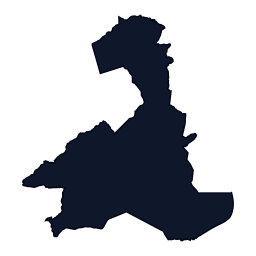 the district of Campos dos Goytacazes, Rio de Janeiro, Brazil
{"feature_id": "56859067B60094869559432", "entity_name": "Campos dos Goytacazes", "entity_type": "district", "adm_level": 2, "iso_a3": "BRA", "parent_name": "Brazil", "parent_adm1": "Rio de Janeiro", "projection": "orthographic", "projection_center": [-41.44, -21.65], "detail": "fine", "context": "isolated", "style": "filled", "palette": "ink", "viewbox_px": 256, "rotation_deg": 0, "n_neighbors": 0, "source": "geoboundaries", "source_scale": "gbopen_adm2", "svg_char_len": 5776}
<svg xmlns="http://www.w3.org/2000/svg" viewBox="0 0 256 256"><path d="M118.9,16.9L119.1,23.4L118.7,24.4L116.2,25.3L114.8,26.6L113.2,27.6L112.8,28.4L112.3,30.2L111.6,31.7L110.2,32.5L108.7,31.9L107.8,32.4L106.5,33.4L106.5,34.5L105.5,35.5L103.7,36.4L102.7,37.1L100.0,40.0L97.4,41.3L96.9,41.8L95.5,42.3L92.8,43.6L92.3,44.1L92.5,45.9L95.4,55.7L100.4,73.4L124.0,65.9L124.1,67.1L125.2,68.5L127.5,69.0L128.0,69.5L128.3,70.4L129.4,71.9L130.1,73.4L130.8,74.1L131.4,74.6L132.4,76.1L132.3,77.2L132.5,78.5L132.5,80.7L132.4,81.8L132.8,82.5L134.8,83.3L135.6,84.0L136.6,85.5L137.5,85.7L137.6,86.5L139.9,89.6L140.7,90.5L141.3,91.6L141.5,92.9L141.4,94.9L141.8,95.9L143.5,98.8L143.7,99.8L144.4,101.5L144.3,102.6L143.4,104.8L140.1,105.9L139.8,106.5L138.8,107.2L137.3,109.3L136.0,110.9L135.1,111.4L135.2,113.1L134.8,115.8L134.3,116.7L133.7,117.3L132.8,117.9L129.4,118.6L128.9,119.4L114.3,134.0L113.8,133.1L113.6,131.8L111.0,129.4L110.3,128.4L110.0,127.1L109.0,126.1L108.5,125.1L107.7,124.4L107.0,124.1L105.2,121.9L103.3,121.1L102.8,122.2L101.7,122.7L100.7,122.8L100.0,123.1L99.9,123.9L99.5,124.7L99.3,125.6L98.7,125.4L97.4,126.2L96.3,125.8L94.9,127.1L94.7,128.0L93.9,128.8L93.0,129.2L92.7,129.8L91.7,130.2L91.2,131.2L87.9,131.8L86.7,131.8L85.7,132.5L85.1,133.2L81.6,133.2L80.5,133.1L79.4,133.9L78.4,135.5L77.6,137.5L76.9,138.1L76.3,138.9L74.7,139.2L74.1,139.9L73.0,140.3L71.2,141.3L70.3,141.4L69.8,142.6L69.0,143.2L68.1,143.3L67.2,144.1L67.1,145.2L66.1,146.8L66.4,148.8L66.4,150.0L65.4,151.5L65.3,152.2L64.8,152.7L62.8,154.0L61.9,154.1L61.0,154.5L60.5,155.0L59.9,155.3L59.3,156.1L58.4,156.4L57.4,157.4L54.4,160.8L54.7,161.7L55.3,162.3L54.4,162.8L53.2,162.8L52.6,162.6L51.7,162.6L50.8,162.4L49.0,162.7L48.3,161.9L47.3,161.5L46.4,161.3L45.6,160.9L44.9,161.3L44.1,161.5L44.2,163.5L43.5,164.4L42.6,164.6L41.7,164.6L40.8,165.4L40.5,166.6L39.7,167.1L39.4,167.7L38.8,168.1L38.3,168.8L37.6,169.3L35.8,170.1L35.2,170.7L35.0,171.4L34.3,172.2L34.4,173.5L33.8,174.1L33.0,174.5L31.4,174.9L29.9,176.4L26.4,178.1L25.7,178.8L23.9,179.9L23.3,180.6L22.9,181.3L22.9,182.1L23.4,182.7L23.6,183.5L23.4,184.2L22.9,184.7L23.3,185.4L27.6,186.4L30.1,186.5L33.4,187.1L34.9,187.1L39.7,185.3L41.0,185.3L43.2,184.7L43.9,184.8L45.5,186.0L45.8,187.1L46.5,187.2L47.5,187.1L48.9,187.9L52.1,187.7L52.9,187.5L57.1,187.5L58.6,187.3L59.4,187.5L61.4,187.2L63.8,187.9L65.1,187.9L64.2,188.9L64.0,190.0L63.2,191.9L62.6,192.8L62.9,195.9L62.6,197.6L61.9,199.0L61.4,201.2L61.6,201.9L62.8,204.8L62.8,205.7L61.7,206.7L61.5,207.6L62.3,210.3L62.2,211.1L61.8,212.0L61.2,212.9L60.6,213.4L59.1,214.2L58.2,215.8L57.2,216.0L56.7,216.9L56.1,217.4L55.4,217.5L54.5,218.1L53.8,218.8L51.9,219.6L51.5,218.4L51.4,217.3L47.4,218.4L46.2,219.5L45.7,220.5L46.5,220.3L48.8,220.6L50.9,223.0L51.4,223.8L51.6,224.9L51.2,226.8L52.0,227.4L52.4,228.3L52.3,229.4L52.1,230.2L52.2,231.0L53.4,232.1L53.9,234.2L53.8,235.2L54.3,236.4L56.7,236.5L57.7,235.7L57.9,234.7L58.5,233.8L62.2,229.9L63.0,229.4L63.8,229.1L65.0,228.2L65.8,227.8L66.5,227.7L68.7,228.1L73.6,229.1L75.4,229.2L76.2,228.6L78.7,227.7L82.2,227.4L85.3,226.5L87.5,226.8L90.2,226.7L91.1,226.8L93.2,227.6L94.2,227.8L95.8,227.7L100.9,228.7L101.8,228.6L102.6,228.0L103.5,226.8L107.0,220.4L107.6,219.7L109.0,218.8L126.4,211.7L163.4,231.2L164.9,234.4L168.3,239.6L170.0,239.4L171.1,239.6L173.2,239.2L174.0,238.8L174.7,238.8L175.7,239.1L176.9,239.2L180.5,239.0L180.6,239.9L181.3,240.6L182.3,240.6L183.7,239.7L185.1,239.5L186.0,239.6L186.8,239.0L189.1,239.7L190.2,240.2L190.4,239.4L190.8,238.5L191.5,238.9L192.3,239.0L192.8,239.4L193.3,238.8L194.0,239.4L194.5,238.8L194.4,237.8L195.3,237.8L196.1,238.2L196.9,237.4L198.9,236.0L200.4,235.2L210.0,229.2L216.4,225.7L222.3,222.8L225.0,221.3L227.5,219.4L229.3,217.8L229.8,217.2L230.8,215.4L231.9,212.6L232.8,208.7L233.1,206.3L233.1,201.1L232.4,196.6L231.5,192.7L230.9,193.1L198.0,193.1L196.5,190.4L192.1,185.8L190.7,182.7L190.9,181.4L191.6,181.0L192.0,180.2L193.1,170.3L190.3,164.4L186.7,159.6L187.9,152.9L186.6,151.3L183.3,147.7L182.9,146.9L184.2,146.4L185.3,146.5L186.3,145.9L187.1,145.2L187.8,143.9L188.6,143.0L191.1,141.5L192.3,140.5L193.9,139.3L195.9,136.7L196.0,135.9L196.4,135.0L195.4,134.5L195.3,133.6L194.5,133.7L193.8,134.1L191.5,134.3L190.4,134.8L189.7,135.6L188.9,136.1L188.0,136.4L186.6,137.8L184.8,137.7L183.4,136.6L182.3,136.3L182.3,135.2L184.8,124.8L185.2,121.6L185.2,118.9L185.6,115.2L185.5,113.9L184.4,113.7L182.7,113.9L181.8,113.7L181.5,112.9L181.0,112.4L179.7,111.6L177.8,110.9L176.8,110.3L176.0,109.3L175.0,108.9L174.6,108.2L174.2,107.5L173.6,106.8L172.7,106.6L171.9,106.1L171.2,105.5L169.4,105.0L171.0,91.0L170.1,91.2L167.7,88.7L167.7,87.9L168.4,87.2L168.7,84.9L168.1,82.8L168.5,80.7L168.1,79.9L168.1,78.9L168.6,77.4L168.2,74.2L168.2,72.0L168.1,71.3L167.3,70.5L167.2,69.6L166.3,68.2L166.9,66.2L167.8,65.5L168.5,64.8L168.3,63.5L169.4,63.1L170.2,63.3L171.2,63.1L172.0,62.2L172.9,61.6L172.9,59.9L172.0,58.4L171.5,57.9L170.7,57.6L169.6,57.4L168.9,56.9L167.8,57.1L166.7,56.9L166.6,56.1L166.3,55.0L165.6,54.2L165.9,53.2L166.7,51.8L166.9,50.8L166.9,49.4L167.7,48.2L169.6,46.4L170.3,45.1L170.2,44.1L168.9,44.0L167.9,44.6L167.1,44.8L165.0,44.7L164.0,44.3L163.3,44.4L162.5,44.8L161.3,44.8L159.7,45.1L159.1,44.7L158.6,44.0L157.8,43.9L156.8,44.4L155.7,44.1L156.7,41.4L157.7,40.6L158.4,39.5L159.2,37.5L160.3,35.4L161.3,31.0L161.7,30.0L162.3,29.2L163.3,29.0L164.7,27.9L164.0,26.4L161.5,25.0L160.5,24.6L159.5,24.9L159.1,24.3L157.9,23.7L155.8,21.3L154.7,21.8L154.7,21.0L154.5,19.8L152.7,19.7L152.8,20.7L151.7,20.6L150.9,20.2L151.1,19.5L149.8,18.2L148.9,18.5L147.9,18.4L146.8,17.8L145.7,17.8L143.2,17.1L142.0,17.3L141.1,16.7L140.8,15.7L140.1,15.4L139.7,16.1L136.9,16.8L134.6,16.0L133.8,16.7L133.0,16.1L132.4,16.8L131.6,16.5L130.6,17.0L127.1,20.3L126.2,20.0L124.5,20.1L123.7,19.7L122.8,18.7L121.1,18.3L118.9,16.9Z" fill="#0f172a" stroke="#020617" stroke-width="1.5"/></svg>